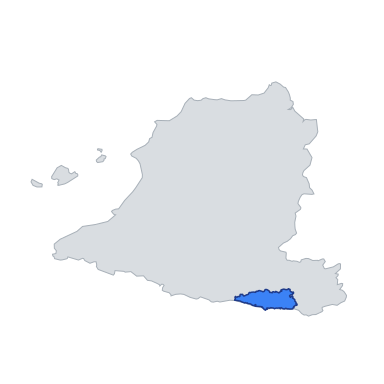 location of Asturias within Spain, rotated 184°
{"feature_id": "ESP-5805", "entity_name": "Asturias", "entity_type": "Autonomous Community", "adm_level": 1, "iso_a3": "ESP", "parent_name": "Spain", "parent_adm1": "", "projection": "natural_earth1", "projection_center": [-6.051, 43.278], "detail": "fine", "context": "in_parent", "style": "filled", "palette": "blue", "viewbox_px": 384, "rotation_deg": 184, "n_neighbors": 0, "source": "natural_earth", "source_scale": "10m", "svg_char_len": 7438}
<svg xmlns="http://www.w3.org/2000/svg" viewBox="0 0 384 384"><g transform="rotate(184 192 192)"><path d="M205.7,86.9L205.8,88.0L207.7,89.9L213.4,91.1L214.8,91.9L214.6,94.6L213.3,96.9L214.5,97.9L215.9,97.9L217.5,96.0L217.9,97.2L220.5,98.4L226.2,100.5L230.3,100.8L234.5,105.0L241.3,104.2L247.4,108.3L253.1,107.4L254.4,108.1L263.3,108.2L263.7,105.0L264.7,103.6L280.2,108.2L282.2,111.0L281.9,112.4L282.8,115.7L284.8,115.6L288.8,113.8L294.1,116.1L295.5,118.1L296.6,118.2L300.5,116.2L311.3,118.6L311.7,117.1L312.4,116.6L316.8,115.2L318.7,114.9L324.4,115.9L325.1,117.8L326.3,118.5L326.8,120.2L323.5,121.1L323.2,123.9L325.4,126.3L325.8,130.4L320.2,135.7L304.0,144.7L298.8,150.0L286.6,152.7L274.0,156.7L266.6,163.9L268.6,164.4L270.9,166.9L270.2,168.0L266.9,169.6L264.0,170.1L258.6,178.9L251.2,188.0L248.5,192.2L242.6,202.8L242.7,205.9L245.8,216.5L247.6,219.3L250.0,221.7L254.6,223.7L255.8,225.6L254.3,227.5L249.8,230.8L242.0,235.3L238.7,238.9L238.0,242.3L235.7,243.8L235.0,248.6L231.9,255.3L231.7,257.0L234.2,259.4L231.8,261.0L219.6,261.5L212.2,266.8L208.4,271.4L205.1,280.0L201.0,285.1L199.2,286.0L196.3,283.8L192.7,283.5L189.3,284.2L187.5,286.0L184.7,287.0L181.9,286.1L175.9,285.7L173.3,285.7L169.1,287.2L165.5,286.2L159.5,285.7L146.5,286.9L144.8,287.4L139.1,293.2L132.7,293.4L127.0,295.7L123.2,301.4L122.4,304.4L121.3,303.7L120.4,303.9L120.0,306.2L116.0,307.7L111.6,305.8L107.9,303.0L106.0,302.8L102.8,298.4L101.5,295.6L100.5,292.6L100.4,290.5L97.6,289.3L97.0,286.5L99.0,283.0L101.7,281.0L99.2,281.1L97.4,283.5L95.0,279.8L85.6,272.6L86.1,270.0L84.5,271.9L83.4,272.4L78.6,272.1L73.0,273.0L70.7,260.8L72.1,256.5L78.4,248.2L82.3,247.0L83.9,242.7L80.3,242.9L74.7,234.7L76.2,227.0L81.8,221.2L82.8,218.8L83.0,216.7L81.9,215.2L78.8,214.3L75.7,208.3L75.0,204.5L72.4,202.3L70.2,198.6L72.2,198.0L80.2,198.0L82.1,197.0L83.6,194.5L85.2,190.3L85.5,187.8L82.4,184.2L82.3,183.4L82.7,182.2L87.6,178.2L86.6,175.2L87.4,168.9L87.0,165.2L86.5,162.2L84.8,158.3L85.9,156.7L88.5,155.4L90.5,152.2L93.5,149.5L97.3,147.4L101.9,142.7L101.1,140.6L99.6,139.4L94.1,138.5L93.7,137.6L93.7,132.5L92.3,130.5L90.3,130.7L87.2,129.8L86.4,130.4L82.5,130.2L79.8,129.3L78.6,130.1L78.3,131.9L73.7,133.7L71.1,133.7L66.8,132.1L62.0,132.6L61.4,132.2L57.3,134.3L55.9,134.4L54.2,131.9L56.5,128.2L54.6,124.8L53.3,124.7L45.7,127.2L41.2,130.5L39.4,130.9L38.8,130.4L38.6,125.6L43.3,120.6L40.4,120.3L40.5,118.8L42.4,116.5L40.5,114.8L40.6,109.7L36.4,111.3L35.3,111.1L35.3,109.1L37.9,105.0L35.2,104.5L33.2,103.0L30.7,99.7L30.7,98.0L32.1,93.9L35.8,91.9L39.3,89.1L44.2,89.6L51.5,87.2L54.1,86.0L54.0,84.3L53.1,83.0L53.9,81.8L59.9,78.4L63.4,78.0L67.1,76.3L69.5,77.4L71.6,77.1L74.1,78.4L77.3,81.4L82.0,82.6L85.8,81.6L105.0,81.4L110.5,79.9L114.7,81.7L123.0,82.6L127.9,84.1L141.6,86.7L146.6,86.7L156.5,84.2L159.2,84.8L163.2,83.6L165.1,83.8L167.6,85.6L176.3,88.0L178.6,86.0L180.3,85.5L186.6,86.8L193.0,89.3L196.3,89.5L201.1,88.8L205.7,86.9ZM325.5,194.7L327.8,195.7L330.2,194.8L331.5,195.1L332.8,195.6L333.1,197.5L328.2,206.8L324.2,209.4L320.0,207.4L317.6,206.9L316.8,206.1L316.2,203.1L315.1,202.2L313.5,201.7L310.3,204.1L309.3,202.5L307.7,202.2L307.1,201.3L307.1,200.0L316.8,192.8L319.6,191.2L325.6,189.3L326.5,189.6L325.8,190.7L326.6,191.8L325.5,194.7ZM353.3,190.9L352.4,193.5L345.0,190.1L342.5,189.7L341.9,189.2L342.1,186.6L347.0,186.2L351.0,187.5L353.3,190.9ZM285.5,220.8L284.7,222.7L281.0,222.0L280.2,221.3L280.9,219.2L282.0,218.9L282.0,217.5L283.1,216.0L288.2,214.8L289.4,215.8L289.7,217.2L286.7,220.4L285.5,220.8ZM289.3,228.2L288.7,228.6L284.8,228.3L284.6,227.0L285.4,225.3L286.9,227.0L289.2,227.3L289.3,228.2Z" fill="#d9dde1" stroke="#a8b0b8" stroke-width="1"/><path d="M82.3,84.7L82.4,84.8L82.5,84.8L82.6,84.3L82.7,83.8L82.9,83.4L83.2,83.2L83.4,82.5L84.7,82.2L87.0,82.1L87.4,82.2L88.8,82.1L89.8,82.4L90.4,82.5L91.7,81.8L92.9,81.9L94.1,82.3L94.9,82.8L95.2,82.6L95.4,82.5L96.0,82.5L96.0,82.4L95.9,82.1L95.9,81.9L96.2,82.0L96.8,82.3L97.1,82.4L98.3,82.1L99.5,82.1L99.9,82.1L100.5,81.8L101.0,81.7L101.4,81.4L101.7,81.3L102.4,81.8L102.7,81.9L104.5,82.1L104.9,81.9L105.3,82.1L105.6,82.0L106.0,81.7L106.3,81.5L109.1,81.5L109.2,81.3L109.0,81.1L108.9,80.8L109.2,80.5L109.2,80.4L109.1,80.2L109.8,80.1L110.1,80.0L110.2,79.6L110.4,79.3L110.7,79.4L111.5,79.7L112.0,80.1L113.3,81.5L113.7,82.1L113.9,82.1L114.0,81.7L114.2,81.8L114.5,82.4L115.7,82.5L120.4,82.4L121.1,82.5L121.2,82.9L120.9,83.4L120.5,83.8L120.7,84.0L120.9,83.8L121.4,83.7L121.6,83.6L121.8,83.4L121.9,83.2L122.0,83.0L122.4,83.0L123.3,83.1L123.7,83.2L125.4,84.2L126.2,84.5L128.2,84.6L128.8,84.7L129.1,85.1L129.3,84.9L131.0,85.4L131.5,85.1L131.8,85.0L132.0,85.1L132.6,85.3L134.2,85.7L136.2,86.5L136.6,86.6L141.8,87.1L141.8,87.6L141.6,88.0L141.4,88.5L141.3,88.9L141.4,89.0L141.7,89.5L141.7,89.9L141.7,90.2L141.6,90.5L141.3,90.8L141.1,90.8L141.0,90.7L140.8,90.4L140.7,90.3L140.2,90.2L139.8,90.2L139.4,90.4L139.3,90.6L139.1,90.7L139.0,90.8L138.8,90.9L138.3,91.0L138.1,91.0L137.9,90.9L137.6,90.9L137.4,91.0L137.1,91.2L137.0,91.3L136.9,91.5L137.0,91.9L136.9,92.1L136.9,92.4L136.9,92.6L136.8,92.8L136.7,93.2L136.5,93.3L136.3,93.3L135.8,93.2L135.6,93.3L135.4,93.3L134.7,93.4L134.4,93.4L133.7,92.4L133.3,92.0L133.0,92.0L132.8,91.9L132.6,92.0L131.3,92.6L131.0,92.9L130.2,93.3L129.4,93.5L129.0,93.7L128.7,93.9L128.5,94.3L128.4,94.5L128.2,95.2L128.0,95.5L127.7,95.8L127.4,95.8L127.1,95.8L126.9,95.6L126.7,95.7L125.5,96.2L123.2,96.5L121.9,96.3L121.6,96.4L121.4,96.5L121.3,97.1L121.1,97.3L120.8,97.4L120.6,97.5L119.3,97.5L119.2,97.6L119.1,97.8L119.0,98.0L118.9,98.2L118.7,98.2L118.3,98.2L117.7,98.4L117.2,98.3L117.0,98.2L116.8,98.1L116.3,98.0L116.0,98.0L115.4,97.9L114.8,97.6L114.4,97.5L113.8,97.6L113.5,97.7L113.3,97.8L113.1,98.0L112.9,98.4L112.8,98.5L112.7,98.7L112.6,98.9L112.6,99.0L112.4,99.4L112.3,99.6L112.1,99.8L111.9,99.8L111.5,99.9L110.6,99.9L110.3,99.8L110.1,99.7L109.5,99.4L109.4,99.3L109.1,99.2L108.8,99.1L108.5,98.8L108.0,98.5L107.8,98.3L107.7,98.1L107.7,97.9L107.6,97.5L107.5,97.3L107.2,97.2L106.5,97.3L106.2,97.3L105.0,97.1L104.8,97.2L104.8,97.3L104.7,97.5L104.7,97.8L104.5,98.0L104.0,98.2L103.7,98.2L103.4,98.1L102.8,97.9L102.2,97.8L101.9,97.9L101.7,98.0L101.7,98.4L101.6,98.6L101.4,98.6L100.9,98.5L99.9,98.0L99.6,98.0L99.1,97.9L98.9,97.7L98.7,97.6L98.3,97.5L97.7,97.8L97.5,98.0L97.4,98.2L97.3,98.4L97.2,98.5L97.1,98.9L97.0,99.0L96.9,99.1L96.4,99.2L95.7,99.3L95.6,99.5L95.9,99.8L96.3,100.0L96.4,100.3L96.3,100.5L95.1,101.1L94.8,101.1L93.9,101.5L93.7,101.5L92.6,101.4L92.4,101.3L92.2,101.2L91.9,101.2L90.8,101.2L90.4,101.3L90.0,101.4L89.7,101.5L89.4,101.9L89.2,102.1L88.9,102.2L88.7,102.2L88.6,101.9L88.2,101.7L87.4,101.6L87.3,100.4L87.2,100.1L87.0,99.9L86.4,99.4L86.2,99.3L85.8,99.3L85.6,99.3L85.4,99.2L85.2,99.0L85.1,98.9L84.7,98.3L84.4,98.9L84.4,99.0L84.1,99.2L83.9,99.1L83.8,98.8L83.6,98.4L83.7,98.1L83.8,97.9L84.0,97.9L84.3,97.5L84.4,97.3L84.5,97.1L84.6,96.9L84.7,96.7L84.8,96.7L85.2,96.6L85.4,96.6L86.3,96.3L86.5,96.2L87.3,95.5L87.4,95.2L87.3,94.9L87.0,94.3L86.7,94.0L86.5,93.8L86.3,93.8L86.2,94.0L86.1,94.3L85.9,94.5L85.5,94.7L85.1,94.9L84.7,95.1L84.3,94.9L84.2,94.7L84.0,94.3L84.0,94.0L84.2,93.6L84.2,93.4L84.2,93.2L83.9,93.1L83.5,92.9L83.2,92.6L82.9,92.5L82.4,92.1L82.2,92.0L82.0,91.8L81.9,91.4L81.7,90.2L81.4,89.9L81.2,89.9L80.8,89.5L80.7,89.3L80.5,89.0L80.5,88.7L80.4,88.4L80.5,88.2L80.4,88.0L80.3,87.8L80.2,87.7L79.8,87.7L79.5,87.6L79.4,87.4L79.4,86.6L79.5,86.4L79.9,86.2L80.2,86.2L80.4,86.3L80.6,86.3L80.8,86.3L80.9,86.2L81.2,86.0L81.5,85.5L82.2,84.9L82.3,84.8L82.3,84.7Z" fill="#3b82f6" stroke="#1e3a8a" stroke-width="1.5"/></g></svg>